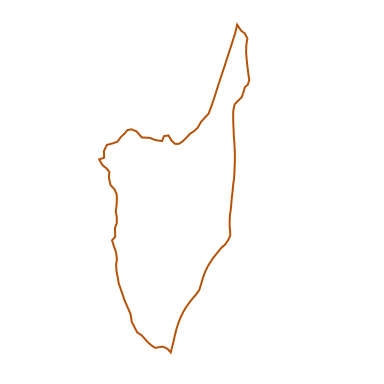 Marataízes, Espírito Santo, Brazil, rotated 344°
{"feature_id": "56859067B39153439684359", "entity_name": "Marataízes", "entity_type": "district", "adm_level": 2, "iso_a3": "BRA", "parent_name": "Brazil", "parent_adm1": "Espírito Santo", "projection": "robinson", "projection_center": [-40.886, -21.093], "detail": "fine", "context": "isolated", "style": "outline", "palette": "amber", "viewbox_px": 384, "rotation_deg": 344, "n_neighbors": 0, "source": "geoboundaries", "source_scale": "gbopen_adm2", "svg_char_len": 1739}
<svg xmlns="http://www.w3.org/2000/svg" viewBox="0 0 384 384"><g transform="rotate(344 192 192)"><path d="M101.8,216.4L102.0,223.2L102.4,229.0L101.3,235.8L98.9,241.3L97.5,247.8L97.1,253.2L96.4,259.4L96.7,265.8L97.1,272.5L97.2,276.9L99.3,292.4L98.3,300.2L100.6,311.7L104.3,316.2L108.0,324.0L110.5,327.9L113.5,331.6L121.4,332.6L125.3,336.1L127.3,340.4L130.3,335.2L133.1,330.5L135.3,326.4L137.6,322.3L140.0,318.3L142.9,314.1L146.2,309.7L150.9,304.5L154.7,301.0L159.2,297.4L163.5,294.3L167.0,292.1L171.9,288.3L175.2,283.3L178.9,277.4L183.0,271.9L186.5,268.0L190.5,264.4L194.0,261.3L197.7,258.7L201.4,256.1L205.1,253.6L209.4,251.6L213.5,248.2L216.8,244.4L218.0,239.6L218.7,235.2L220.5,229.2L222.5,223.7L224.6,219.2L226.2,215.0L228.5,209.0L231.3,202.3L233.3,197.0L235.7,191.7L238.0,185.5L239.6,180.5L241.3,175.5L243.3,168.6L245.0,162.1L246.4,155.8L247.6,149.8L249.1,143.9L250.4,138.3L252.0,132.1L254.0,125.4L257.1,119.5L261.3,117.1L266.0,114.5L269.4,109.6L271.7,105.8L275.2,104.2L277.9,100.2L278.7,94.0L279.8,87.1L281.0,80.2L282.4,73.1L284.7,65.8L287.6,59.6L286.4,54.1L283.6,50.3L281.6,43.6L277.1,51.5L268.0,65.2L262.6,73.1L258.8,78.8L247.6,95.2L239.9,106.8L234.2,115.1L229.5,121.3L224.9,124.0L220.0,127.1L214.9,132.0L210.4,134.2L206.5,135.3L202.0,138.0L197.0,140.8L192.5,142.1L188.9,141.0L186.5,137.0L184.9,131.1L180.4,130.6L177.3,134.8L171.1,132.0L166.3,128.3L158.8,125.7L155.4,118.5L151.2,115.1L146.9,114.7L143.6,117.1L138.6,119.6L134.5,123.0L129.8,123.4L123.1,123.3L118.6,128.4L117.0,134.8L111.8,135.1L113.3,141.3L116.2,145.6L118.1,149.8L116.0,155.6L115.6,163.0L118.2,167.9L119.0,173.3L117.7,178.6L115.8,184.1L113.3,189.7L112.9,194.7L111.3,200.9L108.0,205.5L105.9,213.8L101.8,216.4Z" fill="none" stroke="#b45309" stroke-width="2"/></g></svg>